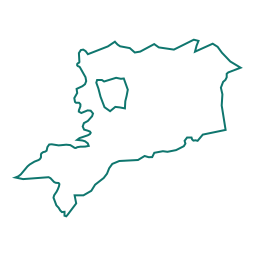 Vas, Robinson projection
{"feature_id": "HUN-3138", "entity_name": "Vas", "entity_type": "County", "adm_level": 1, "iso_a3": "HUN", "parent_name": "Hungary", "parent_adm1": "", "projection": "robinson", "projection_center": [16.563, 47.075], "detail": "fine", "context": "isolated", "style": "outline", "palette": "teal", "viewbox_px": 256, "rotation_deg": 0, "n_neighbors": 0, "source": "natural_earth", "source_scale": "10m", "svg_char_len": 2114}
<svg xmlns="http://www.w3.org/2000/svg" viewBox="0 0 256 256"><path d="M87.9,54.2L107.9,46.4L114.9,41.7L115.3,42.2L117.6,44.6L120.1,46.3L129.8,48.1L134.8,52.5L140.2,51.6L154.2,44.1L158.8,47.4L173.9,49.6L193.8,39.7L198.5,40.9L196.6,45.6L195.0,51.7L212.7,43.7L217.6,46.8L221.9,52.7L230.3,61.5L240.6,67.7L228.3,72.4L226.7,73.8L226.7,77.3L225.4,79.9L223.1,81.9L220.9,87.7L222.4,94.3L221.7,105.5L225.6,129.9L202.8,134.6L197.6,140.8L195.5,140.3L193.4,140.6L192.1,139.4L191.5,137.5L187.1,137.5L184.6,140.8L185.4,143.6L183.8,146.2L176.1,150.1L167.5,151.8L162.9,151.2L154.3,152.8L152.2,157.1L148.7,157.2L144.6,156.0L138.0,160.0L119.3,161.0L112.3,163.9L109.2,168.2L107.0,173.7L103.7,178.0L95.1,184.7L91.3,190.8L83.5,195.3L74.6,195.3L76.2,203.4L67.2,215.3L66.2,216.3L66.0,216.2L64.5,215.7L64.5,211.8L61.9,212.1L60.2,210.4L58.6,207.7L56.4,205.4L53.9,198.7L53.5,197.8L53.7,196.9L54.2,195.2L55.9,192.7L56.6,191.7L57.9,189.1L59.0,186.2L59.4,184.1L58.6,183.0L55.8,182.8L54.2,182.1L53.3,181.2L50.5,178.2L48.6,177.2L31.3,178.5L23.1,179.1L22.1,178.9L15.4,177.5L18.4,176.3L20.8,174.4L27.5,166.4L29.7,164.5L34.5,161.6L38.4,160.1L39.7,159.3L40.9,157.6L41.0,156.2L40.9,154.9L41.3,153.5L43.2,152.1L45.1,151.7L46.6,150.7L47.4,147.1L49.2,144.5L51.7,144.3L58.7,145.4L66.3,144.7L70.3,145.1L73.5,147.1L74.5,147.8L75.4,148.0L76.3,147.8L77.2,147.2L80.3,146.7L85.1,146.6L88.7,145.9L87.8,143.4L85.1,141.3L82.5,140.5L77.1,139.9L79.5,138.1L87.8,135.3L89.9,134.1L90.7,132.8L90.0,131.6L87.8,130.7L84.1,129.6L82.7,126.5L83.9,123.1L87.8,121.0L92.1,116.2L93.0,113.5L90.7,110.7L87.6,110.4L81.3,113.0L78.8,111.6L78.9,110.3L80.4,106.3L80.4,104.3L79.1,102.8L77.6,102.7L76.1,102.8L75.0,101.9L74.3,98.1L77.2,93.0L76.6,88.9L82.4,86.2L85.0,84.2L86.2,81.1L85.5,77.2L79.8,67.1L79.3,66.7L78.5,66.4L77.7,66.0L77.1,65.1L77.3,63.8L78.1,63.1L79.0,62.7L79.4,62.0L78.9,53.1L80.8,50.1L83.2,49.6L85.6,51.1L87.9,54.2ZM120.9,78.8L116.1,77.8L104.1,81.5L101.9,80.0L97.1,80.0L96.3,82.7L98.4,88.5L100.5,96.7L104.5,107.2L110.1,111.2L115.3,106.9L119.7,107.4L124.9,108.4L125.3,101.2L126.6,96.0L127.8,89.7L123.8,78.5L120.9,78.8Z" fill="none" stroke="#0f766e" stroke-width="2"/></svg>